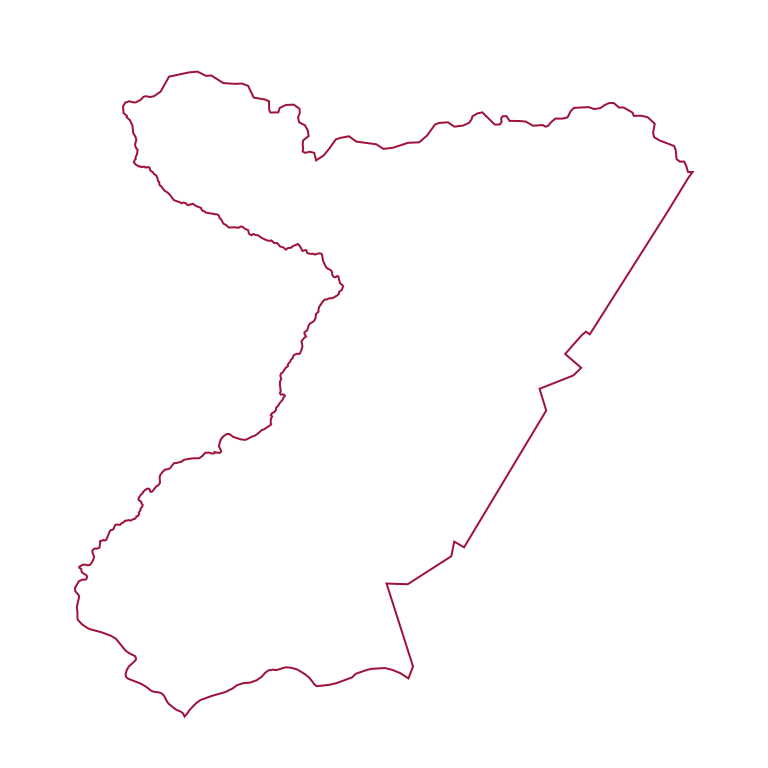 the district of Municipality G, Montevideo, Uruguay, rotated 267°
{"feature_id": "84410073B78060489397838", "entity_name": "Municipality G", "entity_type": "district", "adm_level": 2, "iso_a3": "URY", "parent_name": "Uruguay", "parent_adm1": "Montevideo", "projection": "mercator", "projection_center": [-56.252, -34.779], "detail": "fine", "context": "isolated", "style": "outline", "palette": "rose", "viewbox_px": 768, "rotation_deg": 267, "n_neighbors": 0, "source": "geoboundaries", "source_scale": "gbopen_adm2", "svg_char_len": 6071}
<svg xmlns="http://www.w3.org/2000/svg" viewBox="0 0 768 768"><g transform="rotate(267 384 384)"><path d="M62.3,167.4L66.2,171.1L67.8,171.9L73.5,177.9L75.4,180.1L78.0,184.2L81.6,195.9L84.6,209.3L88.1,217.3L90.9,221.4L92.6,227.7L92.8,234.7L95.0,241.7L98.2,246.7L101.8,250.2L104.0,253.4L104.6,257.8L103.9,261.3L106.2,271.0L105.6,276.2L103.5,282.3L98.3,290.0L94.4,294.2L87.8,298.7L85.7,301.0L86.5,314.1L87.8,321.0L92.7,336.8L96.1,340.7L99.5,352.3L100.2,357.2L100.3,370.2L98.1,377.3L94.3,385.3L88.7,393.0L100.4,398.2L184.6,376.1L182.8,397.2L208.5,442.2L222.9,445.9L216.7,455.4L349.0,544.6L371.1,539.1L382.6,573.5L389.8,581.8L404.5,566.5L422.1,583.7L425.7,588.4L422.8,592.1L541.2,676.2L574.7,699.2L579.5,703.3L579.8,698.7L586.3,697.1L590.4,695.4L590.6,691.0L593.4,687.9L602.1,687.6L606.5,686.2L612.9,671.7L616.3,666.8L620.5,665.8L629.7,668.0L636.6,661.3L638.5,654.6L638.7,647.4L642.0,646.4L647.6,637.7L647.8,633.1L652.5,628.3L652.8,623.5L651.1,619.2L648.1,614.3L647.6,608.1L649.8,602.9L649.8,588.1L646.7,584.7L640.6,581.2L639.7,576.0L640.1,569.1L636.4,564.2L633.2,561.4L632.5,558.9L634.3,556.0L634.1,546.4L638.7,539.1L639.5,533.3L640.2,523.1L645.0,520.4L645.2,516.6L643.2,514.9L639.5,515.1L637.1,513.3L637.3,508.2L650.1,496.4L649.4,491.7L646.8,486.4L643.5,485.2L640.4,482.7L638.0,476.7L637.3,467.8L642.0,461.5L641.8,452.6L640.4,448.5L629.8,439.9L623.5,431.8L623.6,420.7L619.5,405.5L618.8,395.8L623.8,388.8L627.5,369.1L633.2,362.0L632.1,353.4L630.8,348.7L621.4,341.2L615.3,335.6L610.9,327.9L618.5,326.4L619.8,322.1L619.0,317.3L620.4,314.9L623.3,315.6L627.2,315.3L631.5,316.0L635.5,321.7L641.2,321.1L646.4,318.7L649.7,313.0L654.5,312.1L659.2,314.1L663.4,314.0L667.7,308.5L667.8,300.7L665.1,294.3L660.8,292.6L661.0,284.8L663.5,283.7L672.4,283.9L674.4,279.8L676.8,268.9L688.9,263.9L691.5,257.8L691.5,251.1L692.9,239.3L701.2,227.6L701.0,222.4L705.7,214.1L705.4,205.7L702.2,185.4L687.7,176.3L683.5,169.5L682.8,165.5L683.9,161.2L683.3,158.7L680.5,155.9L678.2,150.8L678.3,149.0L679.7,144.1L678.8,141.9L678.9,140.8L677.9,139.9L674.8,137.9L668.1,138.1L665.3,141.3L664.0,140.9L660.6,144.2L655.3,146.3L648.0,146.7L643.1,149.0L640.6,149.4L637.0,148.1L634.9,148.0L632.5,148.8L630.9,150.2L626.5,149.4L623.3,147.7L621.4,147.7L620.8,146.8L618.5,145.8L616.1,147.6L613.9,151.0L614.1,152.2L613.2,153.1L613.7,155.8L612.6,157.1L612.6,157.9L613.1,158.8L612.5,161.1L609.3,161.9L607.7,164.1L605.5,165.5L604.3,167.4L601.7,168.5L598.6,168.9L597.4,170.1L595.1,170.1L594.0,170.6L593.4,171.6L588.4,175.1L586.4,178.1L583.2,180.8L579.2,183.3L578.2,184.6L576.1,189.9L575.1,191.2L575.7,193.3L575.0,195.5L573.7,196.3L572.8,197.9L572.9,198.7L573.4,199.2L573.3,200.4L574.0,201.8L573.9,202.7L571.7,205.4L569.4,210.5L567.8,210.9L566.4,212.1L565.6,214.0L564.5,215.0L561.8,227.1L560.3,228.1L558.3,228.5L556.7,230.1L552.5,232.0L550.9,234.8L548.4,237.1L548.3,243.1L547.6,246.8L548.8,249.3L548.2,251.3L546.5,252.9L544.6,256.5L541.5,256.9L540.3,258.0L539.5,259.4L540.6,261.1L540.6,261.7L539.6,263.2L539.0,266.1L536.1,269.8L533.5,274.7L532.9,277.9L533.3,278.8L533.1,279.3L530.6,281.6L530.2,284.9L526.9,287.3L525.6,290.8L523.4,292.9L523.6,293.6L524.8,295.2L524.9,298.2L526.5,300.4L528.3,305.2L526.8,306.7L523.8,308.4L521.8,309.0L521.1,309.9L522.0,312.9L521.2,313.6L519.2,314.0L518.5,314.8L517.8,317.4L517.8,320.4L516.9,321.6L517.9,325.9L517.5,328.0L516.7,328.9L510.8,329.4L503.7,332.2L501.9,334.1L500.9,336.3L499.8,337.4L498.0,338.1L496.1,338.0L494.2,338.8L493.3,339.8L493.2,341.3L494.2,342.8L493.9,344.0L487.1,345.3L484.6,347.9L483.8,348.2L480.3,346.9L478.1,343.9L476.3,343.7L475.0,342.0L472.4,337.2L472.4,333.6L471.4,331.3L471.4,329.1L468.8,326.6L464.5,323.4L461.5,322.3L459.7,322.4L457.3,319.7L453.2,319.0L451.4,318.0L449.5,316.0L448.4,313.4L446.4,311.9L441.6,310.1L439.9,307.3L438.4,307.2L435.5,308.7L434.3,306.8L430.9,303.7L426.0,304.6L421.4,303.0L418.9,301.6L418.5,301.1L418.8,298.8L417.8,295.9L417.2,295.3L414.6,294.1L413.3,292.6L411.2,291.4L408.6,289.0L406.8,289.0L405.3,286.6L400.5,283.1L399.9,281.8L397.8,280.9L394.3,281.6L392.0,280.3L389.0,280.0L382.2,280.5L380.3,279.5L378.7,280.6L378.9,282.3L378.4,283.8L377.8,284.4L377.1,284.3L376.0,283.1L373.3,281.7L370.7,279.1L367.5,276.9L366.2,275.2L363.3,274.5L361.5,272.8L361.1,271.2L359.4,269.6L358.9,269.3L357.5,270.6L354.9,269.1L350.7,268.8L349.9,269.3L349.2,268.9L345.0,261.8L344.5,259.7L340.6,254.8L338.9,251.6L338.6,250.0L335.7,243.5L335.5,242.1L336.2,238.1L339.1,230.6L342.1,227.0L342.3,225.2L341.8,223.5L340.2,220.9L337.5,218.3L334.1,216.9L330.4,215.9L327.0,217.4L324.9,217.8L323.9,216.6L323.9,214.8L324.9,211.3L324.1,211.4L323.5,210.4L323.7,207.8L324.7,205.6L324.6,201.8L321.6,198.8L319.5,195.5L319.8,188.5L318.8,180.3L317.2,177.9L316.0,172.9L315.9,170.1L311.1,165.9L310.2,163.9L310.0,160.9L307.4,157.9L304.6,155.7L302.7,155.1L296.8,155.1L294.5,153.0L293.7,151.2L289.2,147.4L288.5,146.2L288.8,144.9L290.5,144.7L291.7,143.9L291.9,142.4L290.8,140.1L289.0,137.9L287.8,137.4L286.5,135.7L283.0,133.0L281.2,132.7L279.2,135.3L277.3,135.6L275.9,136.7L274.4,136.3L272.2,134.3L270.3,134.1L268.4,132.4L267.0,132.6L265.2,131.7L264.7,129.8L263.6,129.4L262.3,128.0L262.4,127.0L261.0,124.4L261.1,122.5L261.6,121.6L261.0,120.2L261.0,118.1L259.6,116.9L258.8,114.8L257.2,113.1L257.6,109.7L257.3,108.2L253.4,106.4L252.4,104.7L252.4,103.4L251.5,102.6L242.8,98.4L242.3,97.1L243.0,95.6L242.2,94.3L242.2,92.6L241.8,92.0L239.7,92.2L235.4,91.2L234.5,88.3L234.9,86.5L233.3,84.2L231.7,83.9L226.6,85.5L223.3,84.3L219.7,81.9L218.6,80.5L218.5,78.0L219.4,75.7L219.1,73.2L217.3,70.0L216.4,70.1L215.2,71.9L212.0,72.3L210.1,74.4L208.6,76.9L206.9,77.4L204.8,76.6L204.2,75.2L204.4,72.3L202.8,68.8L196.5,64.7L193.3,64.8L189.2,68.0L187.7,68.5L177.6,65.6L170.9,65.9L167.0,65.5L164.2,66.1L159.8,69.9L155.8,75.1L154.4,77.9L151.1,88.2L149.6,91.8L146.9,98.0L143.7,102.9L131.6,111.7L128.8,115.0L125.2,121.2L123.2,122.0L121.1,121.5L115.3,114.4L112.1,112.3L108.3,110.8L105.6,110.9L104.5,111.5L103.0,113.2L97.5,125.4L94.4,130.2L89.6,135.8L88.6,138.4L87.9,142.7L86.7,145.7L84.3,148.0L78.3,150.7L75.7,152.4L69.6,159.4L67.2,164.3L65.6,166.1L62.3,167.4Z" fill="none" stroke="#9f1239" stroke-width="2"/></g></svg>